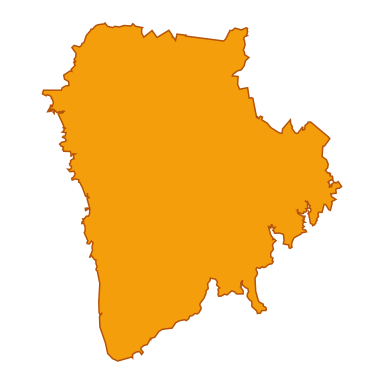 outline of WaitÄkere Ranges Local Board Area, Auckland, New Zealand
{"feature_id": "76426892B98769695069148", "entity_name": "WaitÄkere Ranges Local Board Area", "entity_type": "district", "adm_level": 2, "iso_a3": "NZL", "parent_name": "New Zealand", "parent_adm1": "Auckland", "projection": "orthographic", "projection_center": [174.557, -36.943], "detail": "fine", "context": "isolated", "style": "filled", "palette": "amber", "viewbox_px": 384, "rotation_deg": 0, "n_neighbors": 0, "source": "geoboundaries", "source_scale": "gbopen_adm2", "svg_char_len": 5859}
<svg xmlns="http://www.w3.org/2000/svg" viewBox="0 0 384 384"><path d="M43.5,90.2L42.4,93.9L46.3,95.8L47.3,94.7L50.1,95.8L51.6,97.3L51.3,98.5L52.3,99.1L53.4,102.9L52.2,106.5L50.3,107.0L47.6,111.7L49.6,111.4L50.9,108.8L50.9,109.7L51.7,109.4L50.9,110.1L51.1,111.2L52.3,110.6L52.1,109.1L53.8,109.3L57.1,112.7L59.7,111.5L60.8,112.1L62.9,111.0L64.2,111.3L62.2,113.2L59.7,112.8L58.3,114.2L62.8,123.9L63.9,126.8L63.2,127.6L66.1,128.1L64.0,128.7L64.0,130.5L62.2,132.1L65.9,132.6L65.2,136.0L63.2,136.3L62.5,137.3L65.2,138.5L66.2,140.4L65.3,141.4L61.6,142.3L59.1,144.5L60.0,144.2L61.0,146.1L63.4,146.9L62.6,149.8L63.7,150.1L63.7,151.3L70.3,151.5L71.2,154.3L70.6,156.6L73.2,153.7L75.0,154.0L73.6,154.5L73.5,158.3L74.7,158.3L71.5,159.7L70.5,160.9L70.6,162.8L69.5,163.7L70.0,165.6L71.5,166.2L71.3,168.2L70.2,169.4L67.8,169.2L70.0,171.7L74.1,171.3L75.2,174.3L73.6,177.0L71.7,178.3L72.2,180.1L75.4,178.9L78.8,179.8L78.7,182.1L79.7,182.3L82.5,187.9L85.6,196.3L86.9,196.8L87.6,194.8L87.0,193.1L87.7,194.7L87.4,197.6L89.6,197.0L87.1,198.9L89.8,208.5L89.5,214.2L88.3,216.3L86.4,216.1L84.3,218.9L82.8,218.8L83.7,221.1L82.3,221.4L81.8,223.5L83.6,223.1L85.2,227.1L85.0,231.4L84.2,232.6L87.9,240.9L87.0,242.3L87.2,243.6L89.5,243.9L91.4,241.1L93.0,242.7L92.0,246.9L92.5,250.4L89.5,257.6L91.6,255.7L94.5,259.7L95.8,259.7L96.0,263.6L97.1,266.6L95.9,269.5L97.4,271.4L99.8,283.5L98.8,301.5L99.1,312.6L99.9,314.7L102.2,312.7L99.5,316.6L99.9,326.9L105.4,342.8L107.7,353.5L112.7,358.7L117.8,361.0L131.8,357.0L132.6,357.9L132.6,354.3L136.4,352.0L139.6,351.6L141.6,354.5L143.2,352.2L140.8,349.2L141.3,347.6L143.6,345.6L147.2,344.6L149.9,339.9L150.9,339.7L150.4,338.5L154.7,337.3L158.8,331.5L162.4,329.3L172.1,328.1L175.7,322.8L179.0,320.9L184.6,319.7L186.2,320.6L188.6,318.9L189.6,316.3L192.6,315.5L194.7,313.5L197.3,313.9L198.6,313.0L201.1,309.0L200.9,307.0L199.8,305.4L200.1,303.4L203.9,298.3L205.8,293.9L206.3,290.5L208.2,288.7L207.6,283.6L210.2,280.3L210.3,278.1L215.5,279.2L217.4,281.9L216.6,285.1L219.7,287.8L218.2,288.8L218.0,290.2L218.6,291.1L218.0,294.6L218.7,296.3L221.4,296.0L224.5,294.2L227.1,294.9L231.8,290.8L234.7,292.0L236.7,294.0L243.1,293.9L243.1,290.7L240.4,287.0L241.2,286.6L240.8,282.9L242.6,280.1L242.1,283.6L242.6,285.1L245.9,287.9L247.8,288.5L248.6,292.0L247.5,293.4L247.1,296.4L249.3,299.7L251.8,301.5L251.9,306.6L256.8,311.0L257.4,313.5L260.5,313.1L261.7,310.6L265.9,310.5L266.4,309.5L265.9,307.5L263.3,306.1L263.3,304.2L259.1,302.0L258.1,299.9L255.7,291.2L255.0,278.1L257.3,274.3L257.3,272.5L255.9,269.2L256.8,267.6L259.9,268.4L262.1,266.6L263.2,267.5L265.1,267.3L268.7,264.4L271.9,263.8L273.3,261.6L272.3,260.6L272.9,258.1L270.7,256.7L270.8,252.8L273.4,249.4L272.5,245.1L273.5,242.9L276.1,240.7L274.1,239.0L272.8,239.5L273.1,238.5L270.6,234.5L268.7,227.6L269.5,228.4L269.1,227.1L270.3,227.9L269.9,226.6L272.2,225.7L270.8,224.4L271.9,224.8L272.5,225.7L271.3,226.6L272.3,227.7L275.1,227.3L272.8,230.3L274.4,232.0L274.4,233.2L279.7,233.1L283.4,234.4L284.1,240.3L283.3,243.9L288.6,244.9L289.1,247.9L290.4,248.3L292.1,247.0L291.5,246.0L292.0,242.1L294.0,237.8L300.7,234.2L301.7,232.9L306.5,231.8L305.6,230.0L303.2,229.6L302.3,227.9L304.3,226.6L302.8,225.5L303.0,223.3L303.3,222.2L305.0,222.2L302.7,220.3L304.2,219.6L303.4,218.0L304.4,217.7L305.0,216.3L302.5,216.1L298.4,213.9L297.7,213.2L297.5,211.5L297.7,210.0L297.4,210.2L297.2,210.1L297.7,210.0L297.8,211.7L298.7,212.6L302.5,213.8L303.6,213.2L303.9,211.8L305.4,212.1L306.8,211.0L306.9,209.2L306.6,208.9L306.0,208.8L305.8,208.6L308.0,208.2L307.3,204.8L307.9,202.7L307.1,201.5L306.6,201.8L306.0,201.8L304.9,200.6L306.1,201.6L307.2,201.3L308.1,202.4L309.1,205.2L310.1,205.6L309.4,208.2L310.8,208.9L310.8,211.2L309.4,212.6L308.6,211.6L308.8,213.9L307.4,213.4L308.8,214.4L310.4,223.2L312.3,224.4L312.7,225.7L314.5,224.8L315.8,223.0L316.1,221.1L317.2,220.3L316.7,218.7L318.5,216.6L318.0,214.0L318.6,212.3L322.1,212.3L324.1,204.3L325.9,204.7L328.7,209.6L330.4,210.3L332.2,203.1L331.5,201.7L335.9,199.4L331.9,196.9L330.7,194.0L336.2,193.1L335.8,189.6L336.4,188.6L339.3,188.2L341.6,186.6L338.2,181.6L335.9,183.1L334.6,182.1L331.7,184.1L332.1,184.7L330.8,186.1L331.3,186.6L329.4,187.2L329.3,185.8L330.2,185.2L328.2,182.4L329.0,182.1L328.6,181.4L331.4,179.7L333.1,180.9L332.4,176.3L330.1,175.8L330.4,173.7L329.7,174.1L329.0,172.7L327.8,173.1L325.4,170.2L327.7,167.7L328.2,164.2L326.4,159.7L322.1,156.6L322.8,146.3L324.5,146.0L329.8,138.7L328.1,136.7L310.6,122.0L308.0,122.2L308.0,123.1L305.1,125.4L304.7,129.4L302.7,130.1L302.9,127.4L302.3,127.2L297.6,133.5L296.2,133.2L294.9,132.6L292.1,128.5L292.3,126.5L290.7,123.8L290.4,119.8L282.6,128.9L282.0,133.4L278.9,132.7L270.7,127.5L267.0,123.0L261.5,119.7L262.5,117.1L260.4,116.2L258.6,118.6L257.5,116.7L256.6,117.4L252.9,98.4L251.7,97.7L249.2,98.2L247.6,87.7L239.6,89.2L237.6,84.4L238.1,76.5L232.3,75.9L232.9,74.3L237.6,70.8L241.2,69.9L244.2,65.7L245.5,60.7L248.9,57.5L244.5,54.6L244.7,53.1L243.4,50.2L245.1,45.0L244.4,40.0L243.5,39.2L244.5,36.8L247.5,35.5L246.6,34.8L247.7,31.6L247.2,30.7L247.5,28.6L246.5,27.7L241.3,29.9L235.0,28.1L232.1,30.6L230.0,30.4L225.7,39.0L223.7,41.0L185.7,36.1L186.1,35.2L177.0,34.1L175.5,40.5L173.3,37.1L172.5,37.3L172.2,35.4L168.9,30.3L157.0,37.5L152.1,30.5L143.7,37.2L141.6,32.9L141.7,28.4L142.5,27.6L135.6,26.3L132.8,23.7L131.1,26.0L123.8,25.5L119.5,27.0L115.0,26.3L112.6,27.6L107.5,26.3L105.0,23.0L104.0,23.9L98.3,24.7L95.9,25.6L92.4,29.2L90.9,29.3L90.6,30.5L86.4,35.3L84.0,42.5L82.0,43.6L81.3,45.6L79.5,47.0L74.2,45.4L71.9,47.6L76.1,53.3L75.7,57.0L74.1,59.4L74.8,60.4L74.0,61.9L75.4,61.6L74.2,63.7L75.1,65.4L71.2,69.4L71.9,71.4L70.0,71.0L63.7,75.2L64.6,79.3L68.6,81.5L68.9,85.5L65.5,86.0L62.3,87.7L61.3,90.2L43.5,90.2ZM87.9,208.0L85.3,208.3L85.6,210.5L88.6,208.9L87.9,208.0ZM54.1,113.5L54.5,111.1L53.9,110.9L53.2,112.2L54.1,113.5ZM51.2,106.3L51.3,105.2L50.7,105.2L50.4,106.1L51.2,106.3Z" fill="#f59e0b" stroke="#b45309" stroke-width="1.5"/></svg>